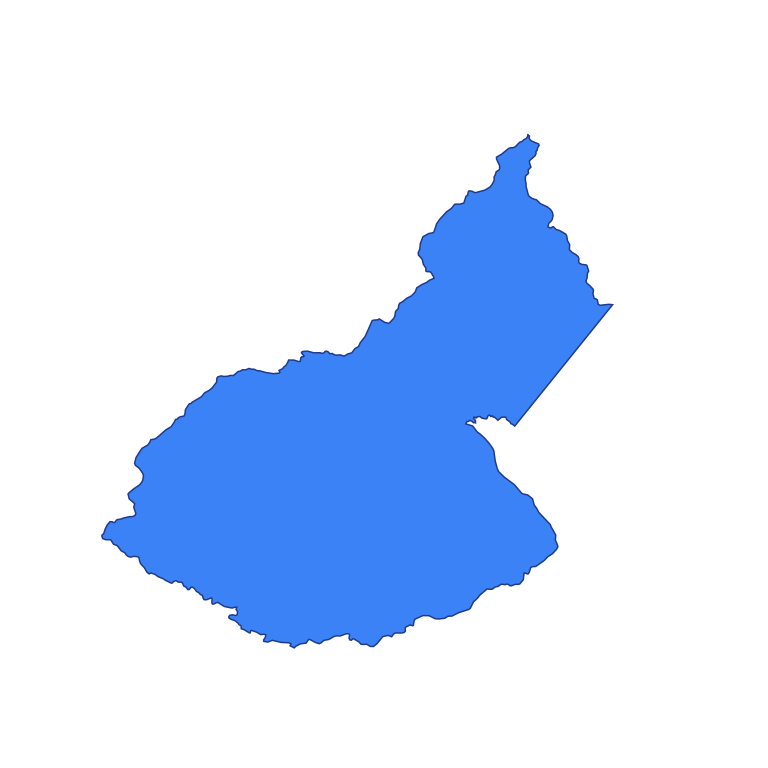 the district of San Luis, Antioquia, Colombia, rotated 289°
{"feature_id": "7082276B26769987150825", "entity_name": "San Luis", "entity_type": "district", "adm_level": 2, "iso_a3": "COL", "parent_name": "Colombia", "parent_adm1": "Antioquia", "projection": "robinson", "projection_center": [-74.956, 6.021], "detail": "fine", "context": "isolated", "style": "filled", "palette": "blue", "viewbox_px": 768, "rotation_deg": 289, "n_neighbors": 0, "source": "geoboundaries", "source_scale": "gbopen_adm2", "svg_char_len": 6171}
<svg xmlns="http://www.w3.org/2000/svg" viewBox="0 0 768 768"><g transform="rotate(289 384 384)"><path d="M131.7,424.9L135.7,429.8L136.3,432.1L135.7,433.1L132.3,433.7L130.9,435.0L131.2,436.7L132.9,437.5L133.2,438.2L132.0,444.2L130.5,446.8L130.8,448.6L132.3,452.4L131.4,456.5L132.3,459.4L135.9,461.8L144.8,465.1L147.6,469.7L147.6,473.6L150.5,474.3L152.4,476.0L154.5,482.3L155.7,484.0L157.2,484.7L160.0,483.6L161.2,483.7L164.6,487.0L164.8,489.9L165.4,490.3L169.4,489.6L171.8,489.9L177.7,496.2L179.6,502.1L178.7,508.9L179.8,512.6L181.9,516.9L182.8,518.2L185.2,520.0L186.8,524.0L191.8,528.7L198.7,537.8L200.3,538.7L207.0,539.5L212.7,542.5L215.1,543.1L223.7,548.1L224.6,551.7L225.5,553.4L228.3,555.2L229.8,557.9L232.9,559.9L233.7,563.8L234.9,565.5L235.0,567.1L234.3,568.5L234.7,570.2L237.3,573.3L238.4,576.4L239.2,577.5L244.2,579.4L250.8,578.0L251.2,578.9L251.1,581.2L251.5,582.2L253.1,582.6L258.1,582.5L259.3,583.3L260.9,586.9L269.2,592.9L274.1,595.2L278.3,598.5L283.2,600.7L286.4,601.4L287.8,600.8L292.3,596.8L297.0,595.6L303.3,588.6L305.2,587.0L312.9,572.3L316.3,568.6L318.5,565.4L323.8,561.8L325.9,556.0L325.3,551.2L325.5,549.9L331.3,539.9L335.1,528.0L338.5,520.9L340.8,518.7L347.3,514.3L356.4,509.7L358.4,507.9L361.8,503.2L365.2,497.4L367.9,491.4L369.1,487.6L372.9,482.0L373.2,481.0L372.9,474.3L375.8,474.8L376.0,475.8L377.6,477.2L377.4,479.2L376.5,481.2L377.0,481.8L377.0,483.2L379.3,482.3L380.8,479.8L381.8,479.7L382.2,480.5L381.8,482.1L382.2,482.6L383.3,482.7L384.5,485.3L383.6,487.7L384.2,491.8L384.7,492.5L387.7,492.7L388.8,493.5L388.9,494.3L388.0,495.5L389.2,496.8L388.3,497.9L388.5,499.7L386.8,503.5L390.8,505.9L392.3,509.6L391.9,510.5L390.3,511.5L389.3,515.3L387.8,516.8L387.8,518.4L386.8,521.3L533.4,574.3L532.6,570.8L528.7,562.5L529.1,560.6L533.0,558.3L533.5,556.7L533.4,555.0L533.9,554.4L537.8,552.0L540.7,551.6L541.7,550.9L544.0,546.6L545.2,543.1L547.2,541.4L550.0,541.5L555.3,540.3L557.4,540.8L562.2,537.2L562.4,536.3L561.5,532.1L561.8,529.5L562.8,528.3L565.9,527.5L567.6,526.2L568.7,523.8L569.7,518.9L571.4,515.5L576.2,514.2L579.2,510.9L583.6,508.5L584.9,507.0L586.3,500.0L586.1,496.5L587.8,493.1L587.5,492.2L585.8,490.9L585.9,487.8L589.6,487.5L592.5,489.0L594.5,489.5L598.4,489.0L601.3,487.2L603.3,484.5L604.6,480.9L605.4,473.3L607.8,468.1L607.6,464.0L608.6,460.3L609.7,458.9L617.2,453.9L619.5,453.2L622.7,451.3L626.6,450.1L630.2,452.0L633.3,450.6L636.9,452.3L640.4,449.6L642.5,448.9L649.0,452.5L651.5,452.7L653.3,452.0L654.5,452.7L657.7,452.4L660.2,453.0L661.3,451.9L661.7,444.7L662.4,442.8L663.7,441.1L665.8,440.8L666.5,439.4L666.5,438.9L665.0,439.2L662.5,438.6L660.4,436.7L658.2,435.5L656.8,433.6L650.9,430.8L649.3,428.9L648.6,426.9L647.4,425.2L639.6,420.4L635.1,416.5L633.3,417.2L628.0,422.3L624.9,423.3L623.7,423.0L621.2,421.0L617.5,421.1L615.6,420.7L612.4,421.9L607.8,421.2L604.8,420.1L600.2,416.3L595.0,408.7L594.5,407.4L594.9,404.5L594.3,401.5L593.1,401.1L590.0,401.6L588.1,400.4L581.2,400.6L578.8,397.4L577.4,393.1L576.7,392.2L572.0,390.6L567.2,387.1L558.0,383.1L552.6,381.6L544.0,381.7L542.9,381.0L540.9,377.4L536.0,372.9L528.7,372.6L523.3,373.9L519.1,373.6L517.1,374.7L514.3,379.6L510.0,382.2L507.1,386.0L504.5,386.7L504.2,387.9L505.0,390.3L504.9,392.0L501.6,395.9L500.2,396.8L496.8,393.1L493.6,391.0L490.6,387.6L485.7,383.7L480.9,383.5L476.2,381.2L472.3,377.4L468.1,375.0L465.4,372.5L463.3,372.3L460.0,372.9L456.6,371.3L451.3,372.2L449.3,371.8L444.4,369.7L443.0,368.9L442.5,364.6L444.0,358.3L442.6,357.1L440.9,353.2L440.1,352.2L422.8,350.7L415.4,348.1L411.1,347.7L408.0,345.0L403.0,343.4L400.4,339.7L397.3,337.2L397.3,333.2L395.4,328.7L396.0,325.1L395.0,323.1L396.4,320.2L396.2,318.5L395.7,317.7L394.2,317.2L393.0,316.1L392.7,313.2L390.6,307.4L390.2,301.2L388.6,297.1L387.6,295.9L386.6,295.8L384.4,299.3L383.6,299.0L382.8,297.3L381.6,296.8L378.3,297.5L377.4,295.9L377.3,291.2L375.6,286.0L373.5,286.0L369.6,285.2L367.5,283.7L365.5,283.2L362.7,280.3L361.1,281.8L360.2,281.4L357.8,276.1L356.4,268.7L356.0,262.1L355.3,259.7L355.7,256.5L354.9,254.1L354.8,251.4L352.2,248.4L351.4,245.5L349.5,244.0L348.3,242.0L343.0,238.9L342.1,236.0L340.4,233.6L338.9,229.8L338.7,227.5L336.6,224.5L335.0,224.1L331.3,225.1L324.4,222.8L321.2,220.9L317.3,217.3L312.5,215.5L304.2,208.4L303.2,208.3L302.0,206.6L300.9,206.0L295.1,204.6L291.1,205.5L288.5,205.3L286.8,202.2L285.3,200.7L283.1,199.7L282.6,198.4L279.9,198.2L274.2,196.6L269.8,192.8L258.8,186.5L256.9,184.5L255.5,181.7L252.2,181.4L249.4,180.5L244.5,176.2L242.6,175.6L233.8,173.5L227.9,174.0L226.2,175.4L224.6,180.1L220.9,185.1L218.8,186.5L214.4,187.2L212.2,186.9L209.0,185.7L203.7,181.7L198.5,178.5L196.7,177.8L192.5,180.4L189.6,187.3L186.0,187.5L180.8,191.5L179.9,191.6L178.4,191.1L176.7,189.3L175.9,186.9L172.2,180.9L170.8,179.5L169.1,176.2L168.1,175.3L165.4,174.5L164.9,172.9L165.3,171.9L164.6,169.8L161.0,168.3L156.3,167.6L151.5,167.7L149.4,166.6L148.4,166.7L146.3,168.3L146.2,171.8L147.6,175.6L147.5,176.6L144.5,180.4L144.3,184.5L140.7,189.8L140.1,193.8L138.6,195.8L137.7,197.9L137.7,200.6L139.5,203.4L140.4,206.7L140.3,208.3L139.5,209.3L137.5,210.2L134.9,212.3L132.2,217.3L129.0,221.0L128.0,223.5L128.3,224.2L129.5,225.2L129.4,229.8L128.3,233.0L128.0,238.7L127.2,241.3L126.5,247.7L126.9,248.6L128.2,249.1L130.1,250.8L130.3,252.0L129.7,253.8L130.6,257.0L130.1,258.4L127.7,260.5L127.5,263.0L125.7,265.4L126.3,266.8L129.0,267.7L129.6,269.0L128.8,271.5L126.8,274.2L126.4,276.8L125.2,278.8L125.0,281.1L122.2,283.1L121.5,284.1L122.1,286.2L125.6,290.6L124.6,291.5L120.9,292.5L120.1,293.6L120.5,294.7L122.5,296.5L123.4,298.1L121.8,304.5L121.7,306.2L122.7,313.3L124.5,315.8L124.9,317.5L122.7,317.5L121.1,319.6L118.2,320.3L116.9,319.4L116.4,315.8L115.1,313.5L113.7,313.0L112.4,313.4L111.7,316.0L111.8,320.0L110.5,323.6L109.1,325.6L109.1,327.0L108.6,327.7L106.1,328.7L106.2,331.6L104.9,337.3L105.0,338.4L107.6,338.4L107.9,339.0L107.9,344.4L106.9,349.0L108.3,351.9L108.3,353.9L106.1,354.3L102.7,353.5L101.5,354.2L102.2,358.2L105.3,361.9L106.2,371.0L108.4,378.5L107.9,380.7L105.9,380.4L105.3,385.1L107.2,385.9L111.0,389.5L113.7,394.7L117.9,395.9L118.3,396.9L117.3,403.1L117.3,407.2L118.6,408.7L122.1,410.7L124.5,415.0L129.1,419.1L130.2,420.7L131.7,424.9Z" fill="#3b82f6" stroke="#1e3a8a" stroke-width="1.5"/></g></svg>